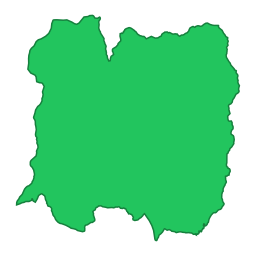 Cerrito, Santander, Colombia
{"feature_id": "7082276B90463552702782", "entity_name": "Cerrito", "entity_type": "district", "adm_level": 2, "iso_a3": "COL", "parent_name": "Colombia", "parent_adm1": "Santander", "projection": "mercator", "projection_center": [-72.643, 6.901], "detail": "fine", "context": "isolated", "style": "filled", "palette": "green", "viewbox_px": 256, "rotation_deg": 0, "n_neighbors": 0, "source": "geoboundaries", "source_scale": "gbopen_adm2", "svg_char_len": 5731}
<svg xmlns="http://www.w3.org/2000/svg" viewBox="0 0 256 256"><path d="M233.8,143.7L233.7,141.8L234.0,141.3L234.2,139.4L233.7,136.5L233.3,135.7L231.1,134.1L230.9,132.8L231.6,130.3L232.9,129.0L233.1,128.1L233.0,126.4L232.1,124.6L232.1,122.6L231.3,121.0L229.3,121.2L228.5,120.7L227.9,119.3L227.7,116.3L228.1,115.6L230.0,113.6L228.8,109.3L229.0,108.3L228.4,105.9L229.1,104.6L230.9,103.8L232.2,102.2L232.7,99.8L234.0,98.1L236.0,94.2L237.7,93.2L238.7,92.2L239.1,91.1L238.6,89.8L238.7,88.1L239.4,85.6L238.4,83.9L237.8,82.1L238.1,80.2L237.7,79.9L237.4,77.8L237.9,75.9L237.7,74.9L236.2,72.9L236.0,72.3L236.3,70.8L235.8,70.4L234.4,69.8L234.3,69.0L230.9,65.1L230.1,63.0L228.9,61.6L226.4,57.3L226.1,55.1L226.8,53.4L226.7,52.7L227.0,51.8L226.9,51.2L227.2,49.4L226.6,47.7L226.8,46.9L228.0,45.3L227.5,43.3L228.2,41.2L227.3,39.1L227.8,38.0L227.6,37.5L226.4,37.0L225.7,36.3L224.8,34.6L223.6,33.3L222.1,30.3L219.2,28.0L218.7,27.2L218.4,26.5L218.6,25.8L218.3,25.4L213.9,25.4L212.2,25.1L209.9,24.4L207.6,23.1L205.9,23.2L204.0,24.3L201.9,26.0L201.0,26.3L199.9,26.2L198.8,25.8L197.5,25.8L195.5,26.6L195.1,27.2L194.6,27.3L193.2,26.5L192.5,26.6L190.1,27.9L189.2,29.5L188.9,30.7L187.3,32.7L185.3,33.5L184.0,34.6L182.5,35.1L181.3,35.1L180.2,36.0L179.6,36.2L178.3,35.4L177.0,33.9L176.4,34.1L175.3,33.8L173.3,34.1L172.5,34.0L169.6,32.5L168.2,32.8L167.4,32.0L164.8,32.1L164.6,32.5L163.5,33.0L161.9,34.2L161.2,36.1L159.9,36.6L157.9,37.9L155.2,38.1L151.3,36.4L146.4,38.8L145.9,38.5L145.3,37.6L143.9,36.4L142.5,36.5L141.8,36.1L139.4,35.5L138.8,34.8L137.6,34.2L135.8,31.6L135.0,31.2L134.3,30.4L131.3,28.3L129.8,27.7L128.8,27.7L126.1,28.7L124.8,29.6L124.6,30.5L123.9,31.1L123.7,31.9L123.3,32.0L123.3,32.4L122.4,33.4L121.4,33.1L120.7,33.7L120.2,33.7L120.0,36.1L120.8,39.5L120.7,40.9L118.1,43.5L117.9,44.7L116.1,46.8L113.0,48.7L112.5,49.4L112.4,51.1L113.0,52.2L113.6,54.5L111.1,56.4L110.5,58.2L110.2,60.7L108.8,61.0L107.5,58.2L107.2,55.8L106.3,54.5L106.4,52.1L106.0,51.2L106.1,50.7L105.7,49.9L105.6,48.5L106.1,46.2L105.2,44.1L104.7,43.6L104.7,42.7L103.8,40.4L104.0,38.5L100.5,33.0L100.4,31.9L99.4,30.3L98.7,28.0L99.1,24.7L98.7,22.0L99.1,20.7L100.0,19.6L100.3,18.6L100.1,17.5L99.7,17.1L99.0,17.5L98.5,17.6L97.7,18.3L95.0,18.1L93.5,15.9L92.5,15.4L89.6,15.6L88.1,16.5L84.0,17.0L79.0,23.1L76.7,24.3L74.5,23.7L71.9,22.1L66.9,19.9L63.2,20.2L56.8,19.8L53.8,19.9L53.0,20.3L52.7,21.3L51.8,23.6L51.3,28.3L48.8,33.4L45.6,36.3L41.1,38.9L38.3,39.8L36.2,41.6L34.1,45.9L31.4,48.3L30.0,50.4L29.5,53.2L28.9,55.2L28.6,58.4L28.7,63.3L27.9,69.2L30.7,73.0L35.0,75.1L36.1,76.8L36.7,81.7L39.4,82.7L41.7,82.9L42.6,83.6L44.2,86.5L42.5,91.9L43.1,94.5L42.7,97.0L42.0,98.4L42.0,101.0L40.5,103.9L39.4,105.2L37.7,106.5L35.6,110.0L35.0,112.9L33.6,117.3L33.8,118.2L35.1,120.5L35.3,121.5L35.4,124.6L35.9,126.6L36.3,129.7L35.5,134.2L35.6,135.4L35.9,136.4L36.8,137.4L36.9,138.1L36.5,139.3L37.1,141.1L36.9,142.7L37.0,143.6L37.7,144.7L38.1,147.4L36.5,151.1L36.7,152.8L36.1,155.9L31.3,160.2L30.5,161.4L30.3,162.5L30.3,164.9L30.9,166.1L32.2,167.3L33.7,170.1L34.4,173.6L34.5,175.2L33.9,176.4L34.0,177.6L33.1,180.4L32.2,181.6L32.1,182.6L31.5,183.5L28.9,185.8L27.5,186.2L26.8,186.7L25.8,187.6L24.6,189.1L22.2,194.4L19.6,197.1L19.1,198.5L17.2,201.1L16.7,202.6L16.6,204.9L20.1,203.7L21.8,202.8L23.9,202.4L25.8,201.5L29.0,201.5L31.6,200.3L32.0,198.9L32.4,198.9L33.2,201.0L35.3,202.2L37.3,198.8L38.5,195.7L39.4,194.9L41.4,193.8L41.8,193.8L44.5,195.7L45.0,196.6L45.5,199.5L46.6,201.7L46.8,202.5L46.6,203.1L47.3,204.1L47.8,205.8L48.1,206.1L50.0,206.6L51.1,207.6L51.7,208.7L51.5,210.7L52.2,212.0L53.1,215.2L54.8,217.3L55.3,218.9L56.3,220.4L58.1,222.3L60.0,223.4L61.8,223.7L65.8,225.2L69.6,227.2L71.0,228.2L73.6,228.7L76.0,229.4L77.5,230.5L82.6,231.7L84.3,231.2L84.7,230.8L84.8,228.5L84.6,227.3L85.1,225.7L85.6,225.2L87.7,224.7L88.4,224.0L89.5,223.5L90.6,222.5L92.5,222.4L94.7,220.7L94.8,219.3L93.4,215.0L93.5,213.4L92.8,211.7L93.8,210.6L95.2,209.8L95.8,208.0L96.4,207.4L97.4,207.1L98.7,205.9L99.7,206.0L100.7,205.8L101.3,205.9L102.5,206.7L105.5,207.2L107.6,207.8L111.9,207.5L113.6,207.8L114.8,207.5L115.3,207.0L117.5,207.1L118.9,206.7L119.6,207.1L120.4,208.2L122.5,208.5L123.4,208.0L123.9,208.0L124.5,208.6L125.0,208.5L125.9,209.1L126.8,211.2L127.5,211.7L127.7,212.5L128.2,212.6L128.6,213.9L129.9,213.8L130.7,214.3L131.4,214.4L131.9,214.9L133.4,217.3L132.8,218.8L133.1,219.8L134.8,220.5L137.9,219.9L139.5,218.4L140.8,217.7L142.8,215.7L143.4,214.6L144.5,213.7L149.3,220.6L151.9,225.6L153.6,230.5L154.9,239.1L155.3,240.1L156.2,240.6L156.8,240.4L157.6,238.4L158.4,237.4L159.0,235.2L160.9,233.7L162.6,231.9L164.4,228.8L165.2,229.0L167.1,230.2L169.2,229.6L170.9,230.4L171.7,231.2L174.8,231.7L176.2,232.6L179.1,231.9L180.8,231.8L182.7,232.3L185.2,232.5L185.7,232.8L189.3,232.6L189.9,232.9L191.7,233.0L193.4,234.3L194.9,234.2L195.6,234.6L195.4,234.2L195.5,233.8L195.8,233.8L196.0,234.4L196.7,234.6L197.3,233.9L197.7,234.2L198.6,233.7L199.2,232.5L198.8,232.0L199.0,231.1L199.8,231.2L200.7,230.9L200.6,231.6L201.2,231.8L201.6,231.4L201.8,230.1L202.6,229.5L202.7,228.5L203.7,228.4L204.1,226.9L203.4,225.2L203.9,223.9L204.6,224.2L204.4,225.8L205.6,225.9L207.0,224.6L207.6,223.0L208.4,222.2L208.9,219.6L209.7,217.7L211.3,215.0L213.1,213.1L213.9,212.6L215.1,212.8L216.1,212.4L218.4,209.9L220.5,209.3L221.5,208.4L222.0,207.1L223.9,204.6L224.0,203.5L223.0,202.1L222.5,200.7L222.4,199.4L221.7,198.0L221.8,194.4L222.4,192.1L223.1,191.3L223.1,188.8L224.2,186.3L224.9,185.4L225.0,184.6L226.3,182.2L226.2,181.1L225.7,180.2L225.5,176.3L227.1,176.0L227.8,175.3L229.0,175.1L229.4,172.7L230.1,171.7L230.1,170.0L229.5,168.8L228.0,168.3L227.9,167.4L226.6,166.4L226.4,164.1L226.8,163.0L226.9,154.0L228.0,153.1L228.4,151.6L229.7,150.0L229.7,149.2L230.0,148.5L231.7,147.0L233.8,143.7Z" fill="#22c55e" stroke="#15803d" stroke-width="1.5"/></svg>